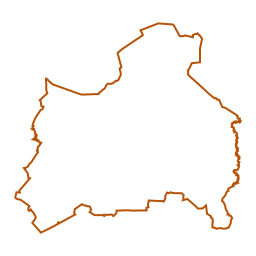 the district of Aizputes pag., Aizputes, Latvia
{"feature_id": "27541924B9669965867606", "entity_name": "Aizputes pag.", "entity_type": "district", "adm_level": 2, "iso_a3": "LVA", "parent_name": "Latvia", "parent_adm1": "Aizputes", "projection": "orthographic", "projection_center": [21.546, 56.696], "detail": "fine", "context": "isolated", "style": "outline", "palette": "amber", "viewbox_px": 256, "rotation_deg": 0, "n_neighbors": 0, "source": "geoboundaries", "source_scale": "gbopen_adm2", "svg_char_len": 5841}
<svg xmlns="http://www.w3.org/2000/svg" viewBox="0 0 256 256"><path d="M212.6,227.5L213.1,227.3L214.2,227.5L215.0,228.0L215.9,228.2L216.4,228.8L218.3,228.3L221.5,228.1L222.3,228.6L223.4,228.7L226.3,228.5L227.3,227.8L228.0,227.9L228.9,227.3L229.8,225.0L230.8,223.1L230.8,220.9L231.2,219.6L232.2,218.4L231.9,217.9L231.7,217.1L230.7,215.8L229.2,215.6L228.9,214.3L227.6,214.4L227.9,213.6L227.5,212.3L227.3,212.0L225.6,208.5L225.1,205.5L223.2,201.6L222.2,201.2L222.0,200.7L222.3,199.6L222.6,198.6L224.9,195.9L226.8,192.0L227.8,190.6L228.5,190.7L228.2,189.4L228.6,188.4L229.7,188.0L231.1,187.0L232.0,186.8L233.7,185.9L232.7,184.9L232.7,184.6L233.4,184.1L233.8,183.4L234.2,183.8L235.2,182.9L235.4,183.4L235.2,183.7L235.5,183.8L236.5,183.6L236.7,183.2L236.6,182.9L237.7,182.8L236.8,181.9L237.1,181.5L237.6,181.5L237.6,180.8L238.1,180.6L237.9,180.3L238.1,179.9L237.7,179.7L237.8,179.4L237.5,179.4L237.5,179.2L238.5,178.4L238.0,178.1L238.1,177.5L238.4,177.3L238.5,176.9L238.0,176.2L238.4,175.8L238.4,175.5L237.7,174.9L237.5,175.6L237.3,175.6L237.1,175.1L236.7,175.1L237.0,174.7L237.0,174.2L236.4,174.2L236.3,173.2L235.9,173.1L235.7,173.4L235.1,172.9L234.8,173.2L234.3,172.8L234.2,172.5L234.3,172.1L233.6,171.7L233.5,171.2L233.9,170.5L235.0,170.0L236.2,170.5L236.4,170.3L236.2,170.1L237.0,170.1L237.2,169.8L237.6,169.7L238.0,169.0L238.4,168.6L238.6,167.5L238.8,167.2L238.6,166.9L239.0,166.2L238.8,166.0L238.9,165.7L238.1,165.3L238.9,165.0L238.7,164.6L238.8,164.1L238.5,164.0L239.4,162.2L239.0,162.0L238.5,162.1L238.5,161.6L237.8,160.9L238.4,159.4L239.3,159.0L239.3,158.7L238.5,158.2L239.3,157.4L238.8,157.1L239.2,156.5L238.1,156.0L237.5,156.0L237.6,155.4L236.9,155.7L236.6,155.1L236.1,155.1L235.9,154.4L237.0,153.6L236.8,153.0L236.1,152.9L235.9,152.7L236.0,152.5L236.7,152.3L236.6,151.7L236.8,151.3L237.8,151.2L238.0,150.8L237.8,149.4L237.5,149.2L237.7,148.8L236.8,149.0L236.8,148.5L237.2,148.4L237.1,147.9L236.5,147.9L236.7,146.8L236.4,146.3L236.0,146.4L235.9,146.0L236.4,145.1L235.8,144.6L236.2,143.4L236.2,142.9L236.8,143.1L237.3,142.3L237.2,141.5L236.4,140.6L236.7,140.3L236.4,140.0L236.7,139.8L236.9,139.1L236.8,138.2L237.2,138.4L237.7,138.1L237.5,137.5L237.1,137.1L237.2,136.6L236.1,135.8L236.0,135.4L236.2,135.1L237.1,134.7L237.1,134.4L236.9,134.0L236.9,133.5L236.7,133.2L236.7,132.8L235.6,132.1L235.4,132.1L235.1,131.7L234.7,131.6L234.4,131.9L234.4,131.4L234.8,130.9L234.6,130.4L233.9,131.2L233.7,131.1L233.5,130.5L234.0,130.3L234.1,129.6L233.8,128.7L233.5,128.5L233.7,127.5L233.6,127.3L231.6,126.9L232.4,124.1L232.9,123.5L232.0,123.5L232.3,123.0L233.3,122.8L233.7,122.4L235.6,122.8L235.5,122.4L235.0,122.0L234.5,121.9L234.4,121.6L236.6,121.4L237.2,121.9L237.8,122.1L238.8,120.9L239.0,120.9L239.4,122.2L239.7,122.5L240.2,122.1L240.6,121.2L239.6,121.1L239.5,120.4L239.8,119.6L239.6,119.3L239.9,118.7L239.7,118.4L238.7,118.7L237.7,118.5L237.4,117.2L237.7,116.6L237.5,115.8L236.9,115.6L236.8,115.2L225.2,107.8L222.2,107.0L219.2,99.9L216.8,99.4L216.4,98.5L215.7,98.1L214.7,98.3L213.0,97.1L209.3,94.1L199.0,84.6L188.8,75.5L188.0,74.3L188.2,74.2L188.2,71.2L187.9,70.3L188.5,70.1L191.8,63.2L200.0,62.3L200.0,48.6L200.3,46.9L202.0,39.3L201.9,38.7L201.0,37.0L200.8,37.0L200.2,36.1L197.4,33.3L196.5,34.0L195.2,34.0L192.7,35.2L193.0,36.7L192.9,37.3L185.2,35.4L183.2,36.2L179.7,36.1L174.0,25.7L172.9,24.5L158.3,23.4L140.5,30.3L142.7,34.4L142.8,35.2L122.4,48.9L117.6,52.9L117.6,53.3L121.4,67.2L121.1,67.8L119.8,68.3L119.6,68.8L119.6,69.5L120.5,71.7L120.8,74.6L118.6,79.7L117.1,80.9L115.6,80.7L114.7,82.0L112.1,83.6L110.6,83.8L107.8,83.7L106.1,85.4L105.0,88.1L99.1,92.9L98.7,94.0L83.0,94.6L80.6,94.4L52.8,84.4L51.2,83.2L46.8,78.9L46.3,78.5L45.9,78.7L46.3,85.3L46.2,87.5L46.3,87.9L46.3,90.4L47.3,93.2L39.8,100.2L40.5,100.7L40.9,102.6L41.3,106.0L43.5,106.7L42.5,109.2L40.6,110.0L37.9,114.2L37.1,114.9L36.9,115.6L35.3,118.1L33.0,123.6L32.7,125.3L33.1,125.5L33.0,125.8L33.4,126.1L32.5,126.5L32.7,126.9L32.6,127.3L32.9,128.0L33.2,128.5L32.9,128.6L33.2,128.7L32.7,129.0L32.6,129.3L33.0,129.2L33.3,129.5L33.6,129.3L33.8,129.9L34.8,131.1L35.2,133.0L34.9,133.4L35.4,133.9L35.7,134.6L35.9,134.5L36.0,135.0L36.4,135.0L36.4,135.3L36.7,135.5L36.5,136.5L35.9,135.9L35.3,135.9L35.2,136.5L35.4,137.6L33.9,138.5L33.8,138.9L33.6,139.0L34.4,139.1L33.8,139.6L35.2,140.0L36.2,139.2L36.4,139.2L36.6,139.4L36.5,140.0L36.6,140.5L37.0,140.4L37.4,139.8L37.6,139.8L38.2,140.4L37.8,141.1L38.0,141.4L38.6,141.7L39.1,141.6L39.5,142.1L40.4,142.3L40.7,142.8L41.1,142.9L40.4,144.1L39.7,144.4L39.8,144.8L39.5,145.1L39.3,145.9L37.9,146.8L37.6,148.5L37.8,149.5L37.1,150.0L36.9,150.7L37.2,151.2L37.8,151.5L38.1,152.2L36.6,154.0L31.1,162.5L30.4,163.0L28.5,165.1L28.0,166.5L25.5,167.9L24.0,168.1L27.8,173.4L28.1,176.2L28.5,178.1L29.0,177.8L30.0,178.2L19.3,190.7L19.9,192.5L16.5,192.3L15.4,196.8L15.6,198.2L17.8,199.2L20.7,199.8L29.4,206.1L28.3,208.0L28.4,210.2L29.1,210.9L30.8,209.5L31.6,211.0L32.8,211.8L35.3,216.0L35.8,217.3L35.1,219.1L32.3,222.8L40.9,232.6L50.3,228.0L58.0,223.9L58.1,222.4L58.4,222.2L59.1,223.3L75.2,214.5L74.4,213.9L74.4,212.8L74.1,212.3L75.0,209.0L81.9,204.2L83.9,205.3L85.7,205.5L86.8,206.1L89.8,206.5L91.2,209.9L89.7,212.1L94.6,215.1L101.8,215.1L104.3,215.8L104.2,214.7L108.1,214.9L111.0,214.5L112.2,214.8L113.2,216.0L113.9,215.8L116.1,213.3L116.7,211.7L116.6,210.6L127.4,210.3L133.3,210.6L146.6,210.4L146.5,209.9L146.5,207.8L148.4,207.2L148.0,206.3L148.1,204.3L148.8,200.5L160.1,201.1L163.5,201.0L163.7,201.4L164.8,199.7L165.2,198.7L165.4,198.0L165.2,196.3L167.0,192.6L168.4,193.2L169.2,193.0L169.8,192.5L171.2,192.4L172.1,193.0L173.3,192.8L174.1,193.2L180.9,193.2L181.6,193.3L183.6,195.0L183.4,196.2L183.3,199.7L183.1,200.1L187.4,199.0L195.8,206.3L197.9,208.6L202.7,208.4L206.0,205.4L207.1,213.9L210.6,216.0L210.9,216.5L211.0,217.8L212.4,218.4L212.8,220.8L212.7,222.0L212.9,222.1L212.5,223.1L212.3,226.1L212.6,227.5Z" fill="none" stroke="#b45309" stroke-width="2"/></svg>